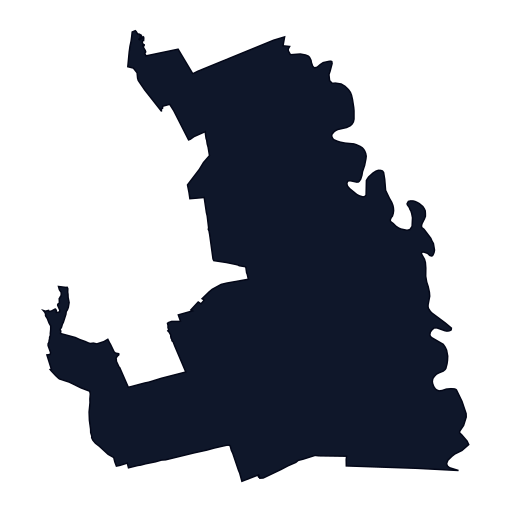 Stanilesti, Vaslui, Romania (Equal Earth projection)
{"feature_id": "2599482B69878309601464", "entity_name": "Stanilesti", "entity_type": "district", "adm_level": 2, "iso_a3": "ROU", "parent_name": "Romania", "parent_adm1": "Vaslui", "projection": "equal_earth", "projection_center": [28.168, 46.666], "detail": "fine", "context": "isolated", "style": "filled", "palette": "ink", "viewbox_px": 512, "rotation_deg": 0, "n_neighbors": 0, "source": "geoboundaries", "source_scale": "gbopen_adm2", "svg_char_len": 5945}
<svg xmlns="http://www.w3.org/2000/svg" viewBox="0 0 512 512"><path d="M458.5,470.5L449.5,467.7L447.5,466.1L446.7,464.2L446.7,463.2L447.9,460.2L452.0,456.2L454.8,454.0L461.9,450.5L468.7,444.6L467.1,441.1L461.6,434.7L459.6,432.9L459.7,431.2L463.6,425.4L466.2,417.1L466.1,413.6L462.0,401.4L456.4,389.9L455.6,389.3L454.3,388.9L450.9,388.7L446.3,389.1L442.2,390.5L439.0,390.9L436.6,389.9L435.3,388.9L433.7,386.5L432.6,383.5L432.3,381.4L432.8,378.6L434.3,376.4L436.4,374.2L438.8,372.9L443.2,371.1L445.0,369.6L445.8,368.5L447.0,363.9L447.5,360.4L447.7,356.1L446.6,350.2L445.2,347.2L443.2,344.3L431.8,337.7L430.8,336.8L430.2,336.0L429.8,334.7L430.2,332.8L430.5,331.8L432.1,329.7L434.2,327.9L437.0,327.9L444.8,330.7L446.9,331.1L448.9,330.9L450.8,330.2L451.2,329.7L451.4,328.1L445.3,323.0L432.0,313.1L430.4,311.5L428.4,308.4L428.0,306.3L428.1,304.6L429.7,296.2L429.4,292.3L428.2,286.7L426.7,282.1L425.7,276.2L425.8,268.0L425.4,262.6L424.5,259.3L422.0,254.9L421.5,253.9L421.5,253.0L422.0,252.2L423.1,252.0L424.2,252.2L427.4,253.3L428.2,253.9L429.7,255.4L431.5,256.0L432.4,255.7L433.0,254.9L434.0,252.6L434.5,250.1L433.4,243.5L431.9,240.9L430.8,238.3L424.0,229.3L421.7,227.5L421.5,225.7L422.0,223.6L424.4,218.9L425.4,216.3L425.4,213.5L425.2,210.8L424.3,208.8L422.8,206.5L419.3,203.6L417.5,202.6L415.4,201.6L413.4,201.0L410.7,200.9L408.4,201.4L407.1,203.7L407.3,204.7L409.3,207.5L410.0,209.4L410.9,210.9L411.7,213.5L412.5,217.7L412.1,226.4L409.9,229.6L407.0,230.3L400.9,229.0L398.6,228.0L395.9,226.2L393.2,223.5L391.0,221.9L390.4,221.0L390.2,219.9L391.3,217.4L392.4,216.1L393.2,213.5L393.6,210.7L393.4,207.8L392.9,205.4L391.7,202.3L389.4,198.3L385.6,190.4L384.7,179.3L383.6,172.5L382.5,171.0L380.7,170.4L378.4,170.3L376.0,171.1L373.0,173.0L368.7,176.9L367.5,178.6L366.4,180.5L366.1,195.0L365.3,196.1L364.2,196.7L362.9,196.9L359.3,195.8L356.8,194.5L349.7,188.7L347.6,186.3L346.8,183.8L347.2,182.3L347.6,181.4L348.6,180.8L350.7,180.8L356.7,182.1L358.3,182.0L359.2,181.3L360.7,179.1L361.9,175.3L362.5,171.7L364.6,165.4L365.9,158.9L366.2,156.2L365.7,153.5L364.8,151.2L363.8,149.5L362.4,147.9L360.3,146.5L356.3,144.7L353.8,143.9L345.1,143.1L340.1,142.1L337.3,141.2L333.8,139.7L332.7,138.5L331.8,136.6L331.7,135.3L332.0,134.2L334.0,131.8L335.6,130.6L337.8,129.5L346.6,127.5L350.3,125.7L352.1,124.0L353.4,121.8L354.0,119.1L354.0,114.4L354.0,110.8L353.7,107.4L352.5,99.6L351.5,95.2L350.4,92.4L348.5,89.7L345.0,86.3L341.2,84.0L335.4,83.1L332.8,83.3L332.1,83.2L329.6,80.6L329.0,75.2L329.0,74.4L330.1,71.1L332.1,63.5L331.8,61.6L330.9,61.2L329.2,61.3L323.2,62.6L320.2,64.6L317.2,67.2L314.4,67.9L312.7,66.3L311.4,62.6L311.0,60.3L309.5,57.3L308.3,56.1L305.6,55.0L300.3,54.0L290.9,54.7L290.2,54.3L288.5,51.2L288.2,50.2L288.3,48.9L289.6,46.5L283.0,45.8L284.6,36.9L273.6,40.2L197.9,71.2L193.5,73.4L192.6,73.5L178.1,49.2L145.9,55.9L145.5,54.8L144.7,53.6L145.7,51.9L145.2,50.4L143.7,47.9L142.8,45.8L144.1,45.7L144.2,44.8L143.3,44.6L142.2,42.3L142.6,40.6L143.6,40.6L143.8,37.9L143.5,37.0L140.0,39.7L139.4,39.7L138.9,39.3L139.3,38.6L141.2,37.2L142.2,36.8L142.0,36.6L140.3,36.7L140.1,35.9L141.2,35.5L141.3,35.3L139.4,34.2L138.8,34.0L137.8,34.2L136.1,31.5L135.3,30.7L132.2,32.0L131.7,36.6L131.1,41.1L130.0,46.2L129.2,52.0L127.8,66.7L133.4,68.1L137.1,72.8L137.6,78.2L138.3,80.5L144.7,89.9L161.6,111.4L161.1,109.1L162.5,108.4L162.7,106.2L169.7,104.3L173.7,110.6L188.6,139.9L190.4,139.2L194.0,136.6L205.3,131.6L205.4,133.6L206.1,138.5L206.7,140.2L207.2,143.9L208.1,147.1L209.5,155.6L203.5,162.5L199.4,169.3L187.5,184.9L189.0,192.5L189.9,198.7L204.2,197.5L206.4,212.5L207.2,215.9L208.6,227.6L208.3,229.4L209.0,230.8L209.7,234.7L213.0,258.9L213.8,260.6L226.4,262.5L235.6,264.4L238.0,265.0L239.2,265.7L245.3,266.7L245.9,267.5L246.6,272.7L247.3,274.5L248.2,278.5L248.6,279.2L226.7,283.1L221.2,284.4L212.2,289.3L209.2,291.8L202.1,298.7L204.3,300.0L201.0,303.8L198.2,302.0L190.9,309.9L192.5,310.9L178.3,314.9L180.5,321.1L179.7,321.4L171.7,321.4L168.6,322.5L167.5,323.3L168.0,325.4L168.0,327.8L168.8,329.6L167.8,330.8L169.1,332.1L170.5,334.6L170.8,335.6L170.7,336.4L170.9,337.3L171.1,338.2L171.8,339.3L172.0,340.8L173.1,341.7L174.8,346.1L185.8,372.0L161.3,378.3L148.7,382.2L145.1,382.9L128.3,387.3L119.7,367.6L119.0,367.0L116.2,360.9L116.4,360.4L116.2,358.9L115.9,358.4L117.2,356.3L118.8,354.8L118.7,353.7L115.5,353.1L114.1,351.9L110.3,344.0L109.9,343.5L107.8,339.3L103.9,341.6L96.8,343.9L93.4,343.1L90.3,343.5L88.5,343.0L85.2,341.5L79.6,339.5L75.3,337.5L60.5,333.5L60.8,331.0L60.1,329.9L60.2,329.2L61.4,327.5L62.4,324.1L63.3,322.4L65.9,314.3L66.2,311.8L66.8,310.6L67.3,310.0L68.3,307.4L69.1,302.6L68.1,297.3L68.0,294.2L67.7,292.2L67.8,288.7L67.2,287.3L65.8,287.4L58.5,286.5L59.4,289.7L61.2,292.4L61.2,294.9L61.0,295.5L60.7,296.6L60.0,297.1L59.9,297.7L59.2,298.6L59.4,303.0L57.9,304.1L57.7,304.6L57.7,305.4L59.7,309.9L59.8,310.5L59.5,312.0L56.4,312.5L56.2,311.7L56.3,310.4L55.6,309.2L55.2,309.0L51.5,311.0L49.1,311.6L48.6,310.4L45.4,311.2L43.3,310.5L44.9,312.4L45.6,314.2L45.5,315.3L45.8,316.2L47.3,318.5L49.1,323.1L50.7,325.9L50.7,329.4L50.3,333.5L50.4,335.2L49.6,337.3L49.6,338.4L49.0,341.2L49.1,341.9L48.1,343.8L48.1,345.6L50.6,352.5L50.1,354.5L46.9,354.9L51.4,369.2L50.2,369.5L51.3,370.9L55.7,375.6L58.7,378.4L59.6,379.0L69.2,382.1L81.0,387.9L89.7,391.2L90.3,393.9L89.9,398.9L90.0,402.8L89.1,412.0L89.4,420.3L90.6,429.1L90.7,432.6L91.8,436.1L91.7,437.7L92.9,440.2L95.4,443.2L99.3,446.2L108.1,454.3L113.4,457.3L113.8,457.7L114.8,461.8L116.4,466.1L119.9,465.4L127.3,463.1L128.5,467.8L137.8,465.5L140.7,465.1L145.5,463.8L155.5,461.8L161.4,460.1L165.7,459.8L194.4,452.8L206.8,450.1L214.4,448.0L223.6,445.9L226.9,445.2L229.5,445.2L230.3,446.3L231.3,450.1L232.8,453.4L238.5,470.3L239.7,473.1L241.9,481.3L258.7,474.8L258.8,475.9L258.2,476.1L258.6,477.0L259.3,476.6L259.8,478.2L263.2,478.0L281.0,469.5L288.0,465.8L295.8,462.4L298.2,460.4L303.0,459.2L315.0,455.4L318.9,455.8L346.6,456.2L346.2,459.6L346.3,465.9L416.7,468.3L458.5,470.5Z" fill="#0f172a" stroke="#020617" stroke-width="1.5"/></svg>